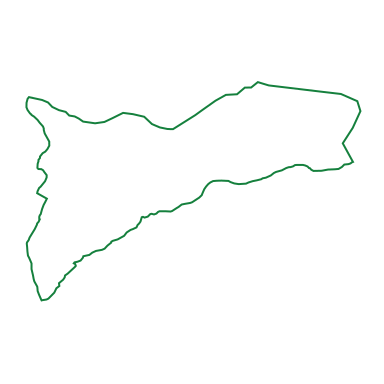 Mayo-Danay, Extrême-Nord, Cameroon (Equal Earth projection), rotated 91°
{"feature_id": "32672807B23743986432811", "entity_name": "Mayo-Danay", "entity_type": "district", "adm_level": 2, "iso_a3": "CMR", "parent_name": "Cameroon", "parent_adm1": "Extrême-Nord", "projection": "equal_earth", "projection_center": [15.187, 10.47], "detail": "fine", "context": "isolated", "style": "outline", "palette": "green", "viewbox_px": 384, "rotation_deg": 91, "n_neighbors": 0, "source": "geoboundaries", "source_scale": "gbopen_adm2", "svg_char_len": 2788}
<svg xmlns="http://www.w3.org/2000/svg" viewBox="0 0 384 384"><g transform="rotate(91 192 192)"><path d="M81.0,128.1L86.5,134.7L86.7,141.0L93.5,148.7L94.3,159.8L100.3,170.1L110.0,183.3L115.1,190.1L129.5,212.1L129.5,215.0L129.4,217.8L128.0,225.3L124.8,233.2L117.6,241.1L115.2,252.4L114.1,262.3L119.6,272.9L123.5,280.8L125.0,290.1L123.5,302.1L120.6,306.4L118.5,310.6L117.7,316.1L114.1,319.7L112.5,326.4L109.4,333.2L105.0,337.5L102.6,343.5L100.0,356.7L101.7,358.0L105.7,359.0L110.2,359.0L111.3,358.5L112.8,357.9L116.3,355.3L117.2,354.1L117.8,353.8L119.4,351.2L122.7,347.6L125.3,345.6L129.1,342.1L131.2,341.3L132.5,341.3L136.0,340.3L143.6,335.9L144.2,335.6L146.2,335.6L147.5,335.5L148.2,335.5L148.9,335.9L151.6,337.3L154.2,339.4L155.8,342.0L159.2,344.6L160.6,344.6L162.7,346.1L163.8,346.0L166.5,346.8L170.6,347.0L171.7,346.0L171.8,343.0L172.9,341.2L174.4,340.2L177.7,337.6L180.0,337.6L183.8,339.1L189.4,343.5L190.6,344.9L193.9,346.4L195.9,346.8L201.2,337.0L204.6,338.6L207.5,340.1L211.7,341.6L216.8,342.9L218.0,343.8L219.6,344.3L222.3,344.2L222.3,343.9L224.4,344.8L226.2,346.3L227.4,346.5L231.9,348.6L240.4,353.6L243.0,354.5L245.3,356.1L246.5,356.3L249.7,355.9L254.3,355.5L258.5,354.9L259.9,354.1L261.3,353.4L266.2,351.2L271.9,351.1L278.2,349.5L281.7,348.8L284.1,348.1L289.3,345.1L290.5,344.9L293.7,344.6L297.2,343.2L301.6,341.2L303.0,340.5L302.8,339.9L302.1,335.9L302.0,335.5L301.1,333.7L295.1,328.0L293.9,327.4L290.6,325.9L288.3,323.0L285.5,323.4L281.9,319.3L279.6,317.8L277.7,317.5L275.8,314.9L273.5,312.5L269.0,307.8L267.9,306.9L266.1,307.5L265.4,308.9L264.4,308.2L263.7,305.2L262.5,302.2L259.7,300.0L258.1,299.5L256.7,293.5L254.4,290.7L252.6,287.0L251.4,281.0L250.2,278.4L247.1,275.6L244.1,272.0L243.1,271.8L242.2,270.3L240.7,265.5L237.0,259.1L233.6,256.6L231.0,252.8L230.1,250.4L229.4,249.0L228.4,246.9L225.9,245.8L224.5,244.4L222.5,243.0L218.1,241.8L217.7,240.6L218.4,239.0L217.4,235.8L214.8,233.3L214.5,232.0L215.1,229.6L214.2,227.2L212.6,225.7L211.8,224.1L211.7,218.6L211.9,213.1L211.4,211.6L208.3,207.0L207.2,205.2L204.7,202.1L204.0,199.0L203.0,193.7L202.3,191.8L197.5,184.7L195.0,182.2L193.6,181.7L189.0,179.8L186.3,178.0L183.8,175.9L182.1,173.8L180.7,171.1L180.3,167.2L180.1,162.7L180.3,155.7L181.4,153.7L182.7,149.9L183.3,145.4L182.7,138.1L181.5,135.7L180.1,131.5L179.2,127.4L178.0,122.9L177.1,121.7L176.4,118.4L174.1,113.5L171.6,110.5L170.5,108.4L168.8,102.6L166.4,98.2L165.5,95.7L165.4,94.0L164.6,91.4L163.3,89.5L163.1,87.6L163.0,81.5L163.5,79.3L164.5,76.9L166.0,75.4L166.1,74.6L167.7,73.1L168.8,70.9L168.5,62.8L167.2,56.4L166.8,49.8L166.4,45.9L164.4,42.6L161.9,40.2L161.4,36.0L160.7,34.1L160.1,33.3L159.7,32.8L159.3,32.2L159.1,31.6L140.7,42.1L125.1,32.4L108.2,25.0L98.3,28.3L91.4,44.8L89.5,64.0L84.1,117.1L81.0,128.1Z" fill="none" stroke="#15803d" stroke-width="2"/></g></svg>